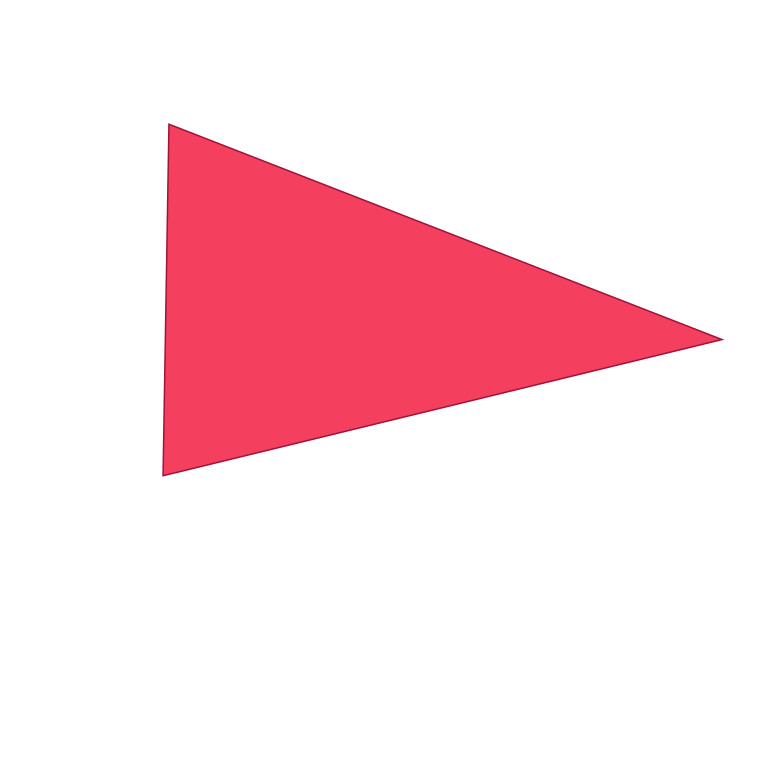 Anetan, orthographic projection, rotated 292°
{"feature_id": "NRU-4978", "entity_name": "Anetan", "entity_type": "state/province", "adm_level": 1, "iso_a3": "NRU", "parent_name": "Nauru", "parent_adm1": "", "projection": "orthographic", "projection_center": [166.935, -0.497], "detail": "fine", "context": "isolated", "style": "filled", "palette": "rose", "viewbox_px": 768, "rotation_deg": 292, "n_neighbors": 0, "source": "natural_earth", "source_scale": "10m", "svg_char_len": 218}
<svg xmlns="http://www.w3.org/2000/svg" viewBox="0 0 768 768"><g transform="rotate(292 384 384)"><path d="M216.2,213.5L544.3,87.3L551.8,680.7L216.2,213.5Z" fill="#f43f5e" stroke="#9f1239" stroke-width="1.5"/></g></svg>